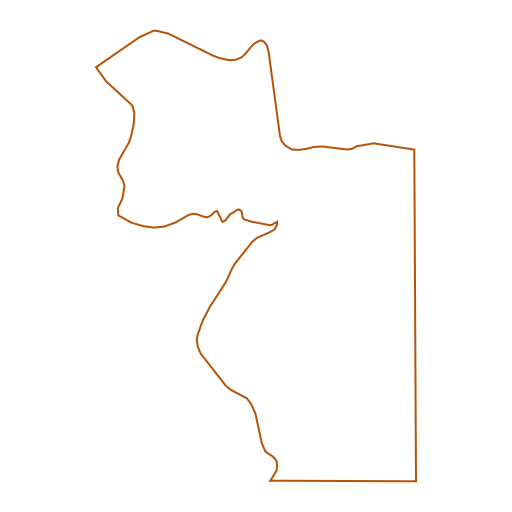 map outline of Wele-Nzás (Natural Earth projection)
{"feature_id": "GNQ-1471", "entity_name": "Wele-Nzás", "entity_type": "Province", "adm_level": 1, "iso_a3": "GNQ", "parent_name": "Equatorial Guinea", "parent_adm1": "", "projection": "natural_earth1", "projection_center": [10.876, 1.497], "detail": "fine", "context": "isolated", "style": "outline", "palette": "amber", "viewbox_px": 512, "rotation_deg": 0, "n_neighbors": 0, "source": "natural_earth", "source_scale": "10m", "svg_char_len": 1404}
<svg xmlns="http://www.w3.org/2000/svg" viewBox="0 0 512 512"><path d="M414.3,149.6L414.8,244.3L415.4,362.8L416.0,481.3L299.0,480.8L270.4,480.7L270.5,480.6L271.2,479.4L276.7,470.3L277.0,466.3L276.7,461.4L274.5,458.2L271.7,455.7L268.5,453.8L265.4,451.4L261.9,443.5L255.5,413.9L251.5,404.7L247.0,398.4L230.8,389.9L226.0,386.0L200.6,353.5L197.7,346.3L196.8,340.1L197.5,335.2L202.5,321.0L209.9,306.8L226.1,281.7L231.8,269.0L234.9,263.6L252.5,241.5L256.9,237.9L270.8,231.7L274.7,229.3L277.1,224.5L277.1,221.8L273.4,223.9L271.9,224.9L270.0,225.2L250.2,221.4L243.9,219.2L242.7,217.8L242.0,213.0L241.2,210.9L238.6,209.4L235.9,210.6L233.0,212.7L230.1,214.2L225.4,220.5L222.3,221.8L217.1,211.0L214.5,211.9L211.3,215.3L207.5,217.3L203.7,216.7L196.9,214.2L193.2,213.8L188.6,214.9L175.7,222.4L164.5,226.5L154.1,227.6L143.4,226.2L131.3,222.6L118.4,215.4L117.9,207.9L122.4,198.6L124.5,185.9L123.0,180.9L118.1,172.2L117.4,166.3L119.0,159.8L129.0,142.5L131.6,134.2L133.8,123.4L134.4,112.9L132.3,105.5L106.0,81.2L96.0,67.2L139.6,37.1L153.7,30.7L157.5,31.0L168.3,33.6L213.1,55.7L219.9,58.2L229.9,60.3L236.3,59.6L241.6,57.3L245.4,53.8L251.6,46.2L255.5,42.7L260.8,40.3L264.2,41.8L266.9,45.5L268.6,51.6L280.0,136.1L282.0,141.7L285.3,145.6L291.9,149.5L298.4,149.9L306.1,148.9L313.9,147.0L322.5,146.5L347.4,149.5L352.1,148.7L356.6,146.3L373.6,143.3L414.2,149.6L414.3,149.6Z" fill="none" stroke="#b45309" stroke-width="2"/></svg>